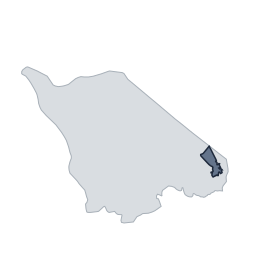 As-Sweida, As Suwayda', Syria (highlighted), rotated 251°
{"feature_id": "27442178B49241886307156", "entity_name": "As-Sweida", "entity_type": "district", "adm_level": 2, "iso_a3": "SYR", "parent_name": "Syria", "parent_adm1": "As Suwayda'", "projection": "robinson", "projection_center": [36.721, 32.771], "detail": "fine", "context": "in_parent", "style": "filled", "palette": "slate", "viewbox_px": 256, "rotation_deg": 251, "n_neighbors": 0, "source": "geoboundaries", "source_scale": "gbopen_adm2", "svg_char_len": 4744}
<svg xmlns="http://www.w3.org/2000/svg" viewBox="0 0 256 256"><g transform="rotate(251 128 128)"><path d="M40.9,91.1L43.0,91.3L47.4,93.9L48.1,93.8L49.5,90.4L50.8,89.2L53.5,88.2L54.3,82.6L55.6,81.5L57.1,81.0L59.4,80.9L61.5,80.5L61.6,79.5L58.8,73.1L59.0,71.5L60.4,65.0L61.3,62.5L62.1,61.7L65.3,62.0L69.9,63.1L71.1,65.0L73.3,66.6L76.6,66.5L80.5,66.8L83.5,66.9L85.9,65.8L91.3,63.6L94.0,62.9L96.4,61.9L104.2,58.4L107.4,58.6L109.5,59.1L111.2,59.7L114.9,62.1L117.9,64.6L120.1,65.3L123.9,65.2L129.5,65.7L136.3,65.7L140.3,65.0L145.4,63.8L154.4,60.9L166.3,54.8L173.2,51.9L176.2,51.5L180.2,51.5L184.1,52.3L188.6,52.8L190.7,52.8L195.5,52.1L201.7,50.9L205.6,49.9L210.3,48.3L213.3,45.5L214.2,45.2L215.4,45.7L216.0,45.9L217.3,47.5L218.6,51.5L218.6,51.9L218.4,53.1L215.4,56.4L211.3,60.9L208.3,63.7L203.3,68.5L199.5,69.5L193.1,71.2L191.4,72.9L189.8,75.6L189.0,79.2L188.7,81.5L188.6,85.8L190.2,90.3L191.7,94.6L192.0,97.4L191.9,100.2L190.5,103.2L189.1,107.3L188.3,111.9L187.9,120.6L188.0,127.9L187.9,129.2L185.3,134.4L182.3,140.5L180.9,141.9L174.1,143.7L166.7,148.2L158.4,153.2L150.9,157.7L143.0,162.5L134.8,167.4L128.9,170.9L121.0,175.6L113.9,180.2L106.6,184.7L101.1,188.2L92.7,193.7L87.8,196.9L80.5,201.7L74.1,205.8L66.5,210.8L57.0,209.3L54.0,208.4L51.6,206.1L49.8,204.8L45.3,203.6L42.4,199.1L40.7,197.6L37.7,196.9L39.0,194.0L39.3,192.2L40.5,189.9L39.7,188.4L39.4,185.2L38.8,184.4L38.6,183.6L39.0,182.6L38.9,181.5L38.4,181.1L38.1,179.5L37.7,178.3L37.9,176.9L38.6,176.0L39.3,174.2L40.1,173.7L41.3,172.5L41.7,171.4L42.8,170.2L44.3,169.3L44.7,168.6L44.5,168.1L42.9,167.3L42.1,165.8L42.9,163.7L43.4,163.0L44.3,161.9L46.3,160.4L47.9,160.1L49.3,160.1L51.6,160.2L53.4,160.5L53.9,160.1L53.8,159.6L51.6,158.3L51.5,157.2L52.0,156.1L53.6,154.4L55.5,153.1L56.5,152.9L58.6,150.3L60.0,147.4L57.8,140.4L56.4,139.2L54.2,138.3L53.0,138.1L52.9,137.7L54.6,135.9L55.8,134.3L54.5,132.8L52.0,132.2L51.1,133.7L48.0,133.8L43.1,133.8L41.0,126.4L40.7,123.2L40.8,119.5L42.3,114.0L41.6,111.5L41.5,109.8L41.2,107.5L37.4,102.5L39.5,93.3L40.9,91.1Z" fill="#d9dde1" stroke="#a8b0b8" stroke-width="1"/><path d="M77.7,187.9L77.5,188.0L76.7,188.4L76.1,188.6L75.5,188.9L74.8,189.2L74.2,189.5L73.6,189.7L73.0,190.0L72.4,190.3L71.7,190.6L71.0,190.9L70.2,191.3L69.6,191.5L68.4,192.1L67.7,192.4L67.1,192.7L66.6,193.0L66.3,193.2L66.2,193.3L65.4,193.8L65.1,194.1L64.9,194.2L64.3,194.8L64.3,195.0L64.1,195.1L63.8,195.3L63.3,195.5L63.1,195.3L62.7,195.1L62.3,195.0L61.6,194.6L61.3,194.5L60.7,194.5L60.4,194.5L60.2,194.4L59.8,194.5L59.7,194.3L59.5,194.2L59.4,194.2L59.2,194.2L59.0,193.8L59.0,193.6L59.1,193.2L59.1,192.8L59.1,192.6L59.1,192.3L59.1,192.1L58.9,192.0L58.6,191.9L58.5,192.0L58.4,192.4L58.3,192.6L58.3,192.8L58.2,193.1L57.9,192.9L57.7,192.8L57.5,192.7L57.3,192.6L57.2,192.6L56.7,192.2L56.1,192.0L55.7,192.0L55.2,192.1L54.8,192.3L54.6,192.3L54.2,192.4L54.0,192.5L54.1,192.8L54.1,193.1L54.1,193.3L54.1,193.5L54.2,193.8L54.2,194.1L54.2,194.3L54.3,194.4L54.3,194.9L54.3,195.1L54.4,195.3L54.5,195.3L54.5,195.5L54.6,195.9L54.6,196.4L54.6,196.5L54.4,196.5L54.2,196.5L54.1,196.8L54.1,197.0L53.8,197.4L53.7,197.6L53.7,197.8L53.8,197.8L54.1,197.9L54.3,198.1L54.6,198.1L54.7,198.3L54.8,198.3L54.9,198.5L55.2,198.6L55.4,198.7L55.7,198.8L56.0,198.9L56.4,199.2L56.6,199.4L56.7,199.7L56.6,199.9L56.5,200.2L56.3,200.4L55.7,200.4L55.5,200.5L54.8,200.8L54.9,201.1L55.0,201.7L55.0,201.8L55.1,202.2L55.2,202.4L55.5,202.5L55.9,202.5L56.6,202.4L56.8,202.4L57.0,202.4L57.4,202.4L57.8,202.5L58.0,202.8L57.8,203.4L58.2,203.3L58.5,203.0L58.6,202.9L58.8,202.8L59.1,202.7L59.3,202.6L59.5,202.4L59.6,201.9L59.5,201.6L59.4,201.4L59.5,201.2L60.1,201.1L60.6,200.8L60.7,201.4L60.7,201.7L60.6,202.1L60.5,202.3L60.5,202.6L60.9,202.6L61.4,202.5L61.8,202.4L62.0,202.4L62.4,202.3L62.5,202.3L62.8,202.3L63.0,202.3L63.3,202.4L63.5,202.4L64.1,202.6L64.4,202.9L64.7,202.5L64.8,202.4L64.7,202.1L64.6,201.8L64.4,201.3L64.3,201.0L64.2,200.9L64.2,200.7L64.2,200.4L64.3,200.2L64.6,200.2L64.8,200.3L65.0,200.4L65.4,200.5L65.8,200.7L66.2,200.9L66.5,200.8L67.0,200.5L67.3,200.1L67.6,200.0L67.8,200.0L68.0,200.1L68.1,200.3L68.2,200.9L68.5,200.9L68.8,200.9L69.5,200.9L70.3,200.8L71.0,200.7L71.6,200.6L72.4,200.5L73.1,200.4L73.7,200.3L74.2,200.3L74.5,200.2L75.1,200.1L75.9,200.0L76.7,199.9L76.9,199.9L77.4,199.8L78.0,199.7L78.9,199.6L79.7,199.5L80.2,199.4L80.4,199.4L80.5,199.4L81.2,199.3L82.0,199.1L82.8,199.0L83.7,198.9L84.1,198.9L84.4,198.8L84.3,198.6L84.1,198.3L83.8,197.9L83.4,197.2L83.2,196.9L83.0,196.6L82.9,196.4L82.5,195.8L82.0,195.0L81.7,194.4L81.4,194.1L81.0,193.3L80.5,192.6L80.2,192.0L79.9,191.6L79.6,191.1L79.5,190.7L79.4,190.5L79.4,190.2L79.3,189.9L79.3,189.2L79.3,188.8L79.3,188.5L79.3,188.2L79.1,188.1L78.8,187.9L78.5,187.9L78.4,187.9L77.8,187.9L77.7,187.9L77.7,187.9Z" fill="#64748b" stroke="#1e293b" stroke-width="1.5"/></g></svg>